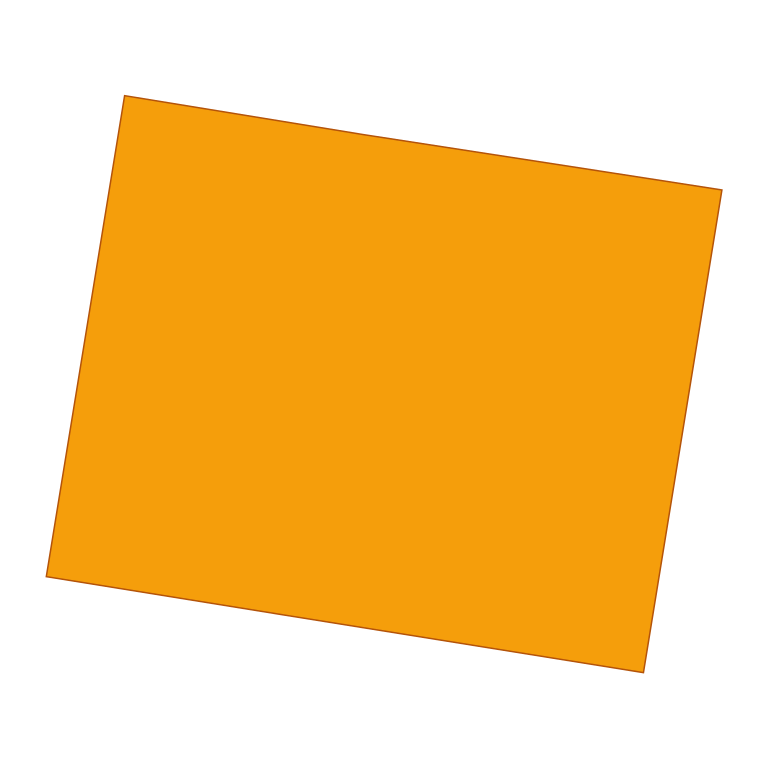 Crawford, Iowa, United States of America (Mercator projection), rotated 189°
{"feature_id": "52423323B13342583421371", "entity_name": "Crawford", "entity_type": "district", "adm_level": 2, "iso_a3": "USA", "parent_name": "United States of America", "parent_adm1": "Iowa", "projection": "mercator", "projection_center": [-95.353, 42.037], "detail": "fine", "context": "isolated", "style": "filled", "palette": "amber", "viewbox_px": 768, "rotation_deg": 189, "n_neighbors": 0, "source": "geoboundaries", "source_scale": "gbopen_adm2", "svg_char_len": 265}
<svg xmlns="http://www.w3.org/2000/svg" viewBox="0 0 768 768"><g transform="rotate(189 384 384)"><path d="M687.4,140.9L444.8,140.2L82.6,139.5L80.6,628.5L201.0,628.1L443.4,627.1L685.3,628.2L687.4,140.9Z" fill="#f59e0b" stroke="#b45309" stroke-width="1.5"/></g></svg>